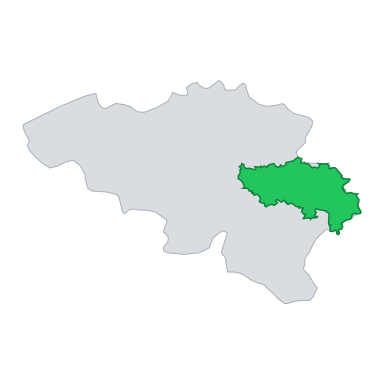 Liege highlighted on a map of Belgium
{"feature_id": "BEL-3481", "entity_name": "Liege", "entity_type": "Province", "adm_level": 1, "iso_a3": "BEL", "parent_name": "Belgium", "parent_adm1": "", "projection": "natural_earth1", "projection_center": [5.813, 50.464], "detail": "fine", "context": "in_parent", "style": "filled", "palette": "green", "viewbox_px": 384, "rotation_deg": 0, "n_neighbors": 0, "source": "natural_earth", "source_scale": "10m", "svg_char_len": 4681}
<svg xmlns="http://www.w3.org/2000/svg" viewBox="0 0 384 384"><path d="M172.5,92.3L179.4,95.1L185.4,95.7L188.1,94.4L186.4,87.7L191.4,84.0L196.9,82.4L199.3,85.3L204.3,88.3L208.3,88.3L218.9,80.5L221.4,82.1L223.7,84.8L224.2,87.1L224.6,89.4L227.0,90.4L235.4,89.9L239.7,85.7L243.0,83.0L245.5,84.8L246.7,90.0L249.0,96.8L259.0,104.3L267.5,106.5L277.9,105.0L282.0,103.6L284.8,104.8L287.6,108.8L293.6,113.4L306.2,116.6L310.0,118.4L312.7,121.5L311.9,125.9L305.9,136.9L305.1,140.1L305.9,141.2L304.8,143.3L296.9,150.6L296.2,153.2L298.8,157.4L301.0,160.9L301.0,161.0L305.7,162.6L310.1,163.2L318.5,163.4L327.4,163.7L328.4,165.7L338.4,171.7L341.5,176.4L348.7,181.0L342.8,186.7L343.7,189.3L345.8,192.0L353.9,193.5L358.0,197.3L358.2,203.1L360.1,212.6L343.4,222.0L338.7,232.5L338.3,234.6L337.7,234.2L335.8,230.8L332.8,230.8L325.9,229.3L316.2,238.9L311.9,246.8L309.3,252.6L305.4,257.3L304.6,262.2L305.1,264.3L303.8,267.0L303.7,269.8L309.3,275.4L310.6,278.4L317.4,288.3L315.3,291.9L313.6,295.8L311.7,298.6L309.4,300.4L302.4,300.3L293.5,301.5L287.5,303.4L284.4,303.5L278.0,298.5L270.8,291.1L266.3,287.6L264.2,284.6L258.6,283.3L250.5,279.7L245.0,275.7L240.2,273.2L233.5,272.0L227.9,272.1L226.3,265.5L225.6,257.9L221.1,252.8L227.4,232.9L223.7,230.9L219.7,232.5L213.8,237.3L211.0,242.9L209.3,247.9L199.5,252.7L183.9,254.4L166.9,252.7L164.5,251.4L163.5,250.0L163.5,248.2L164.7,245.5L167.7,242.2L168.4,237.6L165.4,233.6L163.4,232.0L164.3,228.1L166.5,223.2L167.0,220.4L155.6,212.0L147.3,210.3L139.2,210.0L133.1,209.1L129.5,209.5L126.9,211.9L124.3,213.7L122.4,211.6L118.9,196.7L116.2,194.4L105.8,191.9L91.7,191.0L87.9,188.3L85.9,181.6L84.7,173.5L80.2,165.8L77.8,163.8L73.6,160.4L66.2,161.8L57.3,166.3L52.0,167.5L50.0,168.0L43.0,163.7L35.2,156.8L29.0,149.6L27.5,145.5L29.5,140.7L27.2,136.9L23.9,130.1L23.0,124.7L61.5,105.8L84.8,96.2L95.8,93.3L98.3,103.0L100.3,106.0L102.8,108.0L106.3,108.4L110.3,106.0L115.8,103.5L124.7,104.7L131.2,107.0L133.5,109.5L137.7,111.8L144.0,112.3L156.1,107.9L167.8,101.2L171.2,96.5L172.5,92.3Z" fill="#d9dde1" stroke="#a8b0b8" stroke-width="1"/><path d="M331.4,231.5L330.4,231.3L330.0,231.2L330.2,227.7L329.7,226.2L330.9,225.1L329.0,224.8L328.6,223.5L329.1,213.1L326.3,211.9L326.1,210.9L315.4,209.0L314.7,211.0L316.3,212.2L314.3,216.1L317.4,216.5L316.8,217.6L311.2,218.2L310.7,219.3L310.1,218.2L308.6,217.9L303.3,218.5L305.7,214.4L303.3,213.9L301.9,211.9L301.8,210.7L303.3,207.9L298.9,207.9L299.3,206.5L296.4,206.7L291.6,203.0L288.6,204.2L287.2,204.0L286.7,203.7L287.0,202.6L285.5,202.4L284.7,200.2L281.1,202.1L277.3,199.6L276.1,199.7L275.6,200.5L277.4,203.0L274.4,205.3L270.7,204.3L265.8,206.9L264.6,205.5L264.7,203.5L260.4,202.5L259.3,201.0L260.7,198.8L259.0,195.8L257.1,194.3L254.2,195.2L253.2,193.9L253.6,192.9L251.9,193.1L251.3,191.3L252.5,190.4L250.4,191.2L249.2,191.0L247.9,188.4L243.0,188.1L244.6,187.1L242.4,181.7L238.1,178.4L238.4,175.7L240.1,173.2L240.0,169.8L241.4,169.0L239.3,166.5L241.4,165.6L241.7,163.5L243.8,164.5L243.8,166.5L245.2,168.0L246.6,168.6L248.9,168.2L254.7,169.7L255.9,168.5L254.9,166.7L260.1,167.2L260.8,166.2L261.4,167.4L264.2,166.0L267.0,167.3L267.4,166.0L269.2,164.7L273.3,163.6L274.4,164.0L275.5,166.3L277.9,167.0L279.8,166.8L280.5,164.9L282.3,166.4L283.7,166.1L286.1,164.4L285.9,162.6L293.5,160.8L297.8,157.2L298.3,157.5L300.2,158.3L301.6,158.6L301.4,159.9L300.5,162.5L302.1,163.2L303.1,163.4L304.0,163.3L304.4,162.7L304.6,163.0L306.0,164.1L308.2,163.6L311.9,167.6L315.1,167.2L317.2,168.1L318.0,167.8L320.0,165.3L318.4,163.6L319.3,163.8L325.7,164.0L327.5,163.7L327.3,163.9L327.3,164.1L327.3,164.3L327.4,164.6L328.9,165.2L328.9,166.3L328.6,167.4L328.9,168.4L330.1,168.5L333.6,167.7L335.0,167.8L336.7,169.2L342.1,175.9L340.9,176.5L341.9,178.1L343.8,178.9L349.8,179.0L350.0,179.6L349.4,180.6L348.4,181.6L348.4,182.0L346.5,183.0L343.7,184.9L342.1,186.9L343.5,188.5L342.8,189.3L343.0,189.8L343.7,190.1L344.7,190.1L344.0,191.1L344.7,191.6L345.5,192.9L346.2,193.4L347.1,193.4L350.0,192.7L350.4,192.5L350.6,192.5L350.8,192.7L352.2,193.2L356.0,193.9L357.6,194.0L356.6,194.8L356.4,195.7L356.7,196.7L357.1,197.8L357.9,198.8L358.5,198.9L358.9,199.3L358.8,201.2L358.2,203.9L357.6,205.4L357.7,206.7L360.8,211.1L360.9,211.8L361.0,212.6L359.9,213.6L357.5,213.9L356.3,213.8L355.3,213.4L354.3,213.4L353.2,213.9L352.3,214.8L351.7,215.9L351.5,217.0L351.9,218.0L350.3,219.2L346.5,220.1L344.7,220.8L343.8,221.9L341.8,223.1L340.9,224.1L342.1,225.1L342.6,226.4L342.5,227.7L342.0,228.8L341.3,229.1L339.6,229.2L338.8,229.6L338.7,230.0L338.4,231.2L338.2,231.8L339.1,232.4L339.4,233.1L339.1,233.8L338.3,234.6L337.0,234.1L336.8,233.2L336.9,232.2L336.5,231.1L335.4,230.2L334.7,230.3L334.1,230.8L333.4,231.2L331.4,231.5Z" fill="#22c55e" stroke="#15803d" stroke-width="1.5"/></svg>